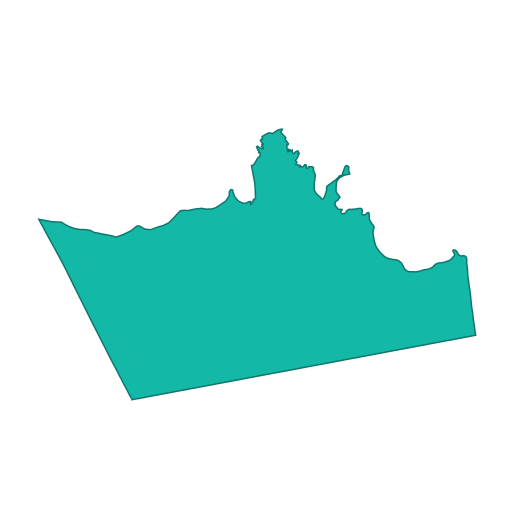 Kungrad, Karakalpakstan, Uzbekistan (Natural Earth projection), rotated 259°
{"feature_id": "79887680B80838990154601", "entity_name": "Kungrad", "entity_type": "district", "adm_level": 2, "iso_a3": "UZB", "parent_name": "Uzbekistan", "parent_adm1": "Karakalpakstan", "projection": "natural_earth1", "projection_center": [57.833, 43.432], "detail": "fine", "context": "isolated", "style": "filled", "palette": "teal", "viewbox_px": 512, "rotation_deg": 259, "n_neighbors": 0, "source": "geoboundaries", "source_scale": "gbopen_adm2", "svg_char_len": 5644}
<svg xmlns="http://www.w3.org/2000/svg" viewBox="0 0 512 512"><g transform="rotate(259 256 256)"><path d="M372.1,284.8L369.4,284.6L369.3,282.9L368.5,282.4L366.1,283.6L364.7,284.5L363.9,284.2L364.3,283.1L362.9,283.2L362.5,282.4L361.3,283.5L359.8,283.7L360.8,281.2L361.8,279.8L363.5,278.5L363.1,277.4L361.0,277.8L359.7,277.9L358.8,278.9L357.0,278.4L356.7,279.5L354.8,279.5L352.6,278.3L352.4,276.9L347.6,272.7L345.8,270.7L345.6,268.8L328.9,268.7L324.4,268.4L312.5,266.5L311.9,264.3L310.6,264.3L310.3,262.8L308.1,261.9L307.8,260.7L310.5,260.8L310.8,259.7L309.9,257.1L309.9,254.1L312.5,250.1L315.5,247.7L318.6,246.3L323.2,245.6L325.3,245.6L326.0,244.0L324.2,242.1L320.1,241.2L315.8,236.9L313.1,230.8L311.0,225.4L310.6,221.3L311.7,215.4L313.1,212.0L313.7,206.4L313.7,202.1L313.6,198.2L314.8,192.6L314.7,190.0L308.6,181.8L305.2,176.7L303.5,170.2L303.3,166.2L301.9,157.5L303.7,151.9L308.0,146.8L308.0,144.5L304.6,138.2L302.4,129.7L301.2,122.4L303.3,118.3L305.6,112.8L306.9,109.2L308.4,105.9L309.9,101.7L312.7,98.3L314.4,93.7L315.7,87.9L317.8,82.6L320.6,78.1L323.6,74.3L326.4,71.4L327.5,66.4L328.7,61.9L333.5,49.8L332.7,50.0L327.5,51.7L326.4,52.0L324.0,52.9L322.9,53.1L320.6,53.8L315.5,55.4L311.5,56.7L306.7,58.2L306.4,58.3L303.1,59.4L301.0,60.0L299.7,60.5L297.9,61.0L292.0,62.9L290.3,63.4L287.1,64.4L279.2,66.7L277.2,67.3L273.9,68.1L268.9,69.5L266.3,70.2L264.6,70.8L263.2,71.0L257.3,72.7L255.2,73.3L253.3,73.8L250.3,74.6L242.6,76.8L239.9,77.5L234.2,79.1L222.1,82.5L219.8,83.1L212.5,85.2L210.4,85.8L207.5,86.6L200.7,88.6L199.1,89.0L195.7,90.1L190.1,91.6L184.9,93.1L181.7,94.0L176.8,95.5L174.2,96.3L173.5,96.5L166.4,98.6L164.6,99.1L162.4,99.7L162.3,99.8L161.1,100.2L155.1,101.9L151.7,103.0L150.4,103.4L147.1,104.3L144.8,105.0L144.6,105.1L143.3,105.4L141.2,106.2L141.0,106.3L138.9,106.8L138.6,106.8L138.6,107.0L138.6,108.2L138.6,108.5L138.6,109.9L138.6,110.4L138.6,111.4L138.5,113.0L138.4,114.6L138.4,114.9L138.6,115.4L138.5,116.1L138.5,116.5L138.4,117.6L138.4,118.9L138.5,120.0L136.3,456.5L137.0,456.5L139.9,456.6L145.6,457.0L146.5,457.0L148.0,457.1L151.8,457.2L156.8,457.6L160.3,457.9L163.4,457.9L168.8,458.3L169.1,458.3L171.4,458.6L174.8,458.9L178.7,459.3L181.9,459.4L182.4,459.5L184.9,459.5L187.2,459.6L191.6,459.9L196.0,460.1L197.9,460.4L202.8,461.0L206.0,461.3L208.1,461.4L209.3,461.6L212.3,462.2L214.5,462.2L215.4,461.8L216.2,460.9L216.7,459.9L216.8,458.4L216.8,457.6L217.1,456.8L217.5,456.2L218.9,455.0L222.2,453.9L223.0,453.4L223.7,452.7L224.2,451.6L224.2,450.8L223.5,450.2L221.6,450.7L220.3,451.2L218.8,451.1L218.4,450.8L217.4,449.1L215.7,447.0L215.1,445.9L214.6,444.4L213.9,439.5L214.0,437.1L214.0,435.9L214.3,434.0L214.1,432.7L213.8,430.9L212.9,429.4L212.3,429.1L212.4,428.7L211.7,428.0L211.1,426.4L210.5,424.5L210.2,422.8L210.3,420.7L210.4,418.5L210.1,415.5L209.9,414.4L209.9,412.8L209.9,410.2L210.1,408.9L210.6,407.3L211.1,404.2L211.4,403.3L212.5,401.4L212.6,401.2L213.0,400.9L214.1,400.0L215.2,399.3L218.8,398.3L221.0,397.6L222.2,396.9L224.0,395.2L225.0,393.9L225.3,393.1L225.6,392.7L226.0,391.1L226.4,389.9L226.5,389.9L226.8,388.8L227.9,386.4L228.0,386.1L228.6,385.0L230.4,382.5L232.5,380.9L232.9,380.7L233.4,380.3L233.6,380.2L233.8,379.9L236.1,378.4L240.2,376.5L243.4,375.4L244.1,375.4L246.8,375.1L247.8,375.0L248.2,375.0L249.2,375.0L251.9,375.0L255.6,375.2L258.7,375.8L261.3,377.3L262.3,377.3L263.5,377.1L264.8,376.3L266.3,375.6L267.6,375.2L269.5,374.5L270.6,374.3L275.6,375.1L276.2,375.1L277.0,374.9L277.3,374.2L276.6,372.5L275.7,371.2L275.5,370.7L276.0,368.9L276.5,368.1L276.7,367.9L277.2,367.9L279.9,369.0L281.3,369.0L282.1,368.8L282.6,368.2L282.9,367.3L283.2,364.8L283.1,363.8L283.0,362.4L283.4,360.7L283.4,358.6L284.0,357.0L284.0,356.1L283.5,354.5L282.8,353.4L281.3,352.1L280.8,350.9L281.2,348.6L281.6,348.0L282.7,347.7L283.5,347.8L284.7,349.2L285.2,349.4L285.6,348.2L286.3,345.4L286.7,345.0L287.6,345.0L287.9,344.7L288.3,344.6L289.2,344.0L290.0,343.7L291.5,343.6L292.0,343.5L293.1,343.8L294.5,344.9L294.9,346.7L295.4,347.3L296.5,347.9L296.9,348.3L297.2,349.4L297.5,349.5L298.2,349.4L299.7,348.8L303.2,347.0L304.5,347.0L306.4,347.3L312.4,348.9L313.7,349.5L314.5,350.1L315.9,351.7L316.5,352.5L317.1,353.7L317.6,355.1L318.0,356.2L318.4,358.1L318.6,359.7L318.4,362.8L318.7,363.8L319.4,363.7L321.8,363.2L322.7,363.3L325.2,364.0L325.9,364.0L326.5,363.6L326.9,363.2L327.4,362.0L327.2,360.9L325.6,359.7L324.5,359.2L322.2,357.7L320.4,356.6L319.6,356.8L318.8,356.2L318.9,354.4L318.6,353.0L317.6,351.9L315.5,348.8L314.2,345.7L313.2,344.1L312.7,342.6L312.5,342.1L311.1,339.3L310.4,338.5L310.1,338.4L308.2,338.1L306.6,337.6L305.2,336.9L302.7,335.5L301.7,334.8L300.9,334.3L299.7,333.5L299.2,332.3L299.5,331.3L300.1,330.8L301.1,330.7L302.8,329.2L304.9,327.7L306.6,326.8L308.9,326.0L310.4,325.9L312.4,326.3L315.2,326.8L317.6,327.4L319.5,328.3L321.5,328.7L322.6,329.3L323.7,329.6L325.4,329.5L328.3,328.9L329.7,328.8L331.3,329.3L331.6,329.3L332.4,328.9L332.9,328.1L333.6,324.8L333.2,324.2L332.0,323.3L332.0,323.1L332.5,322.4L332.9,322.1L333.9,322.1L334.8,322.6L335.5,322.6L336.0,322.3L336.3,321.5L336.2,321.1L335.7,320.5L335.0,320.0L334.8,319.7L334.6,318.9L335.1,317.1L335.2,315.8L335.9,316.5L336.7,317.3L336.5,316.7L337.3,314.8L338.1,312.6L340.5,314.1L341.9,312.8L345.1,315.8L348.6,318.0L348.8,316.8L350.8,317.6L351.2,316.7L350.7,314.6L349.5,313.1L349.4,312.0L351.1,311.4L353.0,311.8L352.5,310.2L353.7,309.7L352.5,308.5L352.2,307.1L353.2,306.8L354.4,308.4L355.4,306.9L359.0,307.5L359.0,308.6L360.1,309.3L361.9,308.1L362.8,308.2L363.6,307.2L365.6,307.1L366.3,307.9L372.6,304.0L375.4,306.1L375.7,304.7L375.6,302.3L374.4,298.6L373.0,295.8L374.0,293.6L374.4,291.9L373.7,289.1L372.1,284.8Z" fill="#14b8a6" stroke="#0f766e" stroke-width="1.5"/></g></svg>